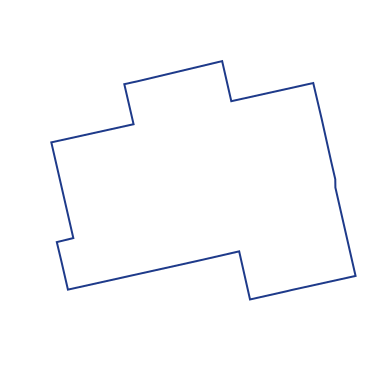 the district of Van Buren, Arkansas, United States of America, rotated 346°
{"feature_id": "52423323B92305544895329", "entity_name": "Van Buren", "entity_type": "district", "adm_level": 2, "iso_a3": "USA", "parent_name": "United States of America", "parent_adm1": "Arkansas", "projection": "robinson", "projection_center": [-92.496, 35.577], "detail": "fine", "context": "isolated", "style": "outline", "palette": "blue", "viewbox_px": 384, "rotation_deg": 346, "n_neighbors": 0, "source": "geoboundaries", "source_scale": "gbopen_adm2", "svg_char_len": 422}
<svg xmlns="http://www.w3.org/2000/svg" viewBox="0 0 384 384"><g transform="rotate(346 192 192)"><path d="M330.4,313.0L332.2,222.4L334.1,214.3L334.4,196.2L335.5,152.7L336.0,115.6L252.1,113.4L252.9,72.3L167.2,71.4L152.4,71.0L151.7,112.1L67.5,109.8L65.7,208.0L48.7,207.9L48.5,228.0L48.0,256.7L181.8,260.2L223.4,261.0L222.3,310.3L260.9,311.2L264.7,311.2L330.4,313.0Z" fill="none" stroke="#1e3a8a" stroke-width="2"/></g></svg>